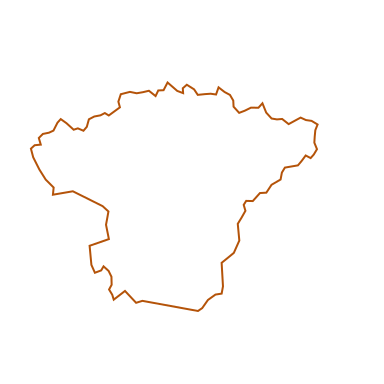 Ipiranga do Sul, Rio Grande do Sul, Brazil (Robinson projection), rotated 162°
{"feature_id": "56859067B33035970320489", "entity_name": "Ipiranga do Sul", "entity_type": "district", "adm_level": 2, "iso_a3": "BRA", "parent_name": "Brazil", "parent_adm1": "Rio Grande do Sul", "projection": "robinson", "projection_center": [-52.426, -27.924], "detail": "fine", "context": "isolated", "style": "outline", "palette": "amber", "viewbox_px": 384, "rotation_deg": 162, "n_neighbors": 0, "source": "geoboundaries", "source_scale": "gbopen_adm2", "svg_char_len": 1530}
<svg xmlns="http://www.w3.org/2000/svg" viewBox="0 0 384 384"><g transform="rotate(162 192 192)"><path d="M223.1,77.0L218.2,78.4L210.2,84.4L201.4,87.2L195.2,86.2L191.7,92.7L185.7,115.5L178.6,118.2L171.0,121.2L162.0,131.2L158.3,147.6L152.9,152.2L147.0,157.6L146.8,163.8L143.2,166.8L137.0,164.6L127.7,170.0L121.5,168.4L114.1,174.3L103.9,176.5L100.5,182.7L96.1,186.5L83.0,184.6L77.9,187.8L72.6,191.6L68.7,187.6L64.6,190.0L59.9,194.1L60.4,201.1L58.2,206.7L55.6,212.7L51.7,217.4L56.3,222.7L61.4,225.2L65.7,229.2L70.6,228.3L79.1,226.7L83.7,233.6L88.8,234.8L93.6,237.3L96.9,244.6L97.6,254.6L102.8,251.6L109.8,254.0L116.7,253.0L122.7,252.7L126.1,260.3L124.5,266.2L125.9,272.6L130.1,277.0L134.4,283.3L139.0,277.3L143.9,279.7L149.5,281.1L156.5,282.6L158.3,289.0L163.8,295.6L168.7,293.5L169.9,288.8L174.8,292.7L181.4,303.7L187.6,297.6L192.7,299.0L197.0,294.5L201.7,301.6L207.9,302.1L214.1,303.0L220.1,306.4L229.5,307.0L234.1,300.7L234.4,294.8L247.5,290.5L250.5,294.0L255.4,293.2L261.6,294.0L267.6,293.0L271.9,286.5L276.3,283.8L280.9,287.8L285.3,287.8L290.1,296.2L294.3,301.9L298.5,299.5L304.8,293.2L309.7,292.6L315.9,293.3L321.0,290.7L321.2,283.8L327.2,285.1L331.8,283.0L332.3,274.1L330.2,260.5L327.3,249.0L322.2,239.0L325.1,232.4L305.1,229.5L281.4,206.2L277.5,199.3L280.0,194.6L283.9,187.4L285.6,172.9L306.0,172.5L310.2,153.8L309.3,145.2L302.6,145.5L299.1,148.6L295.7,142.7L294.8,136.3L297.1,128.6L301.0,124.9L299.6,118.9L299.7,113.8L286.3,118.6L279.4,103.9L272.8,103.8L223.1,77.0Z" fill="none" stroke="#b45309" stroke-width="2"/></g></svg>